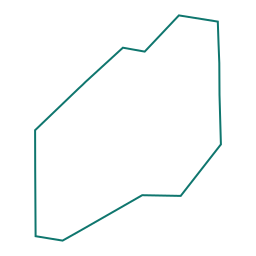 outline of Demerval Lobão, Piauí, Brazil
{"feature_id": "56859067B93214732609639", "entity_name": "Demerval Lobão", "entity_type": "district", "adm_level": 2, "iso_a3": "BRA", "parent_name": "Brazil", "parent_adm1": "Piauí", "projection": "orthographic", "projection_center": [-42.666, -5.337], "detail": "fine", "context": "isolated", "style": "outline", "palette": "teal", "viewbox_px": 256, "rotation_deg": 0, "n_neighbors": 0, "source": "geoboundaries", "source_scale": "gbopen_adm2", "svg_char_len": 347}
<svg xmlns="http://www.w3.org/2000/svg" viewBox="0 0 256 256"><path d="M217.8,21.6L182.6,16.0L178.9,15.4L144.7,51.6L122.9,47.7L85.3,82.1L82.6,84.8L78.9,88.2L35.1,130.2L35.2,170.0L35.6,236.2L62.6,240.6L79.3,231.2L142.2,195.2L180.7,195.9L220.9,144.4L219.5,94.7L219.3,63.2L218.5,42.6L217.8,21.6Z" fill="none" stroke="#0f766e" stroke-width="2"/></svg>